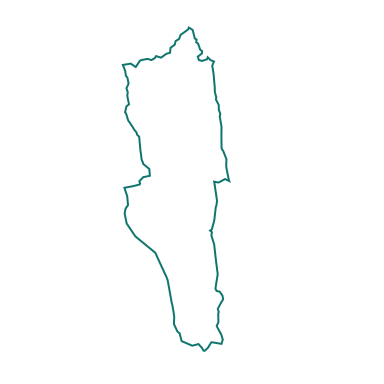 Las Piedras, Puerto Rico (Natural Earth projection), rotated 148°
{"feature_id": "32010507B95664633284712", "entity_name": "Las Piedras", "entity_type": "district", "adm_level": 2, "iso_a3": "PRI", "parent_name": "Puerto Rico", "parent_adm1": "", "projection": "natural_earth1", "projection_center": [-65.874, 18.197], "detail": "fine", "context": "isolated", "style": "outline", "palette": "teal", "viewbox_px": 384, "rotation_deg": 148, "n_neighbors": 0, "source": "geoboundaries", "source_scale": "gbopen_adm2", "svg_char_len": 1926}
<svg xmlns="http://www.w3.org/2000/svg" viewBox="0 0 384 384"><g transform="rotate(148 192 192)"><path d="M104.2,291.0L106.3,293.9L107.3,297.9L108.9,296.6L114.0,297.8L116.2,300.3L115.4,303.7L110.3,304.2L108.8,306.1L109.6,308.4L108.2,314.6L109.1,316.8L107.3,318.9L108.3,320.7L106.7,325.5L105.6,329.1L107.5,333.1L109.1,331.9L118.4,331.3L121.9,328.6L125.9,328.7L128.5,326.1L133.8,325.7L136.8,321.7L140.5,322.8L147.0,322.3L150.5,326.3L152.6,325.2L156.5,325.4L159.1,328.4L164.9,330.7L166.7,330.9L173.5,327.8L175.9,333.3L183.3,336.4L184.5,330.0L186.4,325.8L186.2,323.1L188.3,317.7L189.9,316.4L192.6,314.8L193.6,310.7L195.9,307.9L199.0,299.7L202.2,299.4L206.5,295.1L206.3,293.6L208.2,286.5L208.0,283.3L207.9,276.9L208.0,275.4L207.5,271.8L208.2,269.8L207.5,266.9L214.0,254.0L215.3,250.9L217.6,246.1L218.1,242.7L218.5,241.6L216.0,234.2L219.1,228.1L225.5,230.4L230.9,229.1L231.6,226.5L232.3,226.1L238.4,228.0L247.1,231.4L249.2,222.7L253.2,214.8L257.1,213.1L260.5,209.5L261.0,208.2L264.1,199.9L263.6,185.2L263.3,183.6L255.3,159.8L256.4,151.8L258.7,133.5L259.3,130.3L268.1,108.3L268.4,107.0L271.2,100.1L273.5,95.1L277.3,89.7L278.3,81.4L277.4,78.6L279.8,71.0L273.2,61.5L267.1,59.6L266.1,54.3L266.4,51.6L265.4,50.6L261.2,51.4L255.5,54.2L254.8,54.1L247.5,47.6L244.1,50.5L242.8,55.3L242.1,65.2L238.6,67.6L234.3,74.8L232.9,76.1L232.1,79.2L225.8,82.9L223.5,83.9L222.2,84.9L221.1,88.1L221.3,92.7L223.6,95.1L223.3,97.7L213.8,108.6L207.7,121.8L202.0,133.7L201.0,135.7L198.6,144.8L196.4,147.4L197.1,149.7L195.1,149.7L188.8,155.5L187.7,156.7L179.9,166.5L178.3,167.8L175.4,171.3L167.7,189.0L164.7,186.1L162.8,185.8L157.2,185.5L154.6,181.6L154.3,183.0L150.1,194.1L149.1,196.1L145.4,201.6L143.8,210.3L143.9,211.8L143.8,213.3L137.9,223.1L132.1,232.2L132.1,232.4L128.4,241.4L126.6,243.3L125.7,247.5L123.2,251.6L122.7,257.8L121.3,259.3L119.6,264.8L117.3,268.6L111.2,280.6L107.8,288.5L104.2,291.0Z" fill="none" stroke="#0f766e" stroke-width="2"/></g></svg>